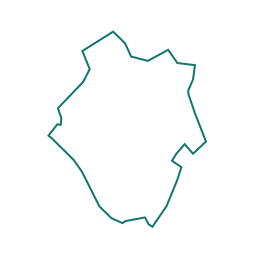 outline of Norfolk, Virginia, United States of America, rotated 207°
{"feature_id": "52423323B60127042569296", "entity_name": "Norfolk", "entity_type": "district", "adm_level": 2, "iso_a3": "USA", "parent_name": "United States of America", "parent_adm1": "Virginia", "projection": "orthographic", "projection_center": [-76.263, 36.895], "detail": "fine", "context": "isolated", "style": "outline", "palette": "teal", "viewbox_px": 256, "rotation_deg": 207, "n_neighbors": 0, "source": "geoboundaries", "source_scale": "gbopen_adm2", "svg_char_len": 680}
<svg xmlns="http://www.w3.org/2000/svg" viewBox="0 0 256 256"><g transform="rotate(207 128 128)"><path d="M157.6,193.1L169.1,202.1L185.0,207.1L203.6,175.9L188.8,163.0L188.9,148.6L199.4,113.8L194.7,109.2L192.6,107.4L191.6,106.0L189.4,100.3L192.6,99.2L195.4,85.1L191.8,84.4L171.3,77.9L161.7,74.8L149.1,68.1L121.6,47.9L117.8,45.1L101.6,40.1L89.6,40.8L89.4,41.3L88.0,43.9L72.3,56.0L65.8,51.5L61.4,51.1L58.2,75.8L60.5,103.9L62.6,117.3L69.5,118.2L73.9,118.8L73.3,126.5L73.2,127.2L70.2,139.3L58.4,134.6L55.4,142.9L52.4,151.4L74.5,171.0L89.3,185.4L91.3,188.5L92.1,200.9L96.9,214.4L113.5,208.3L127.7,215.9L140.8,196.8L157.6,193.1Z" fill="none" stroke="#0f766e" stroke-width="2"/></g></svg>